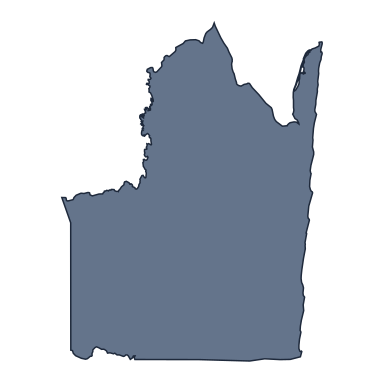 Matutuine, Maputo, Mozambique
{"feature_id": "85939544B97303459234614", "entity_name": "Matutuine", "entity_type": "district", "adm_level": 2, "iso_a3": "MOZ", "parent_name": "Mozambique", "parent_adm1": "Maputo", "projection": "equal_earth", "projection_center": [32.584, -26.451], "detail": "fine", "context": "isolated", "style": "filled", "palette": "slate", "viewbox_px": 384, "rotation_deg": 0, "n_neighbors": 0, "source": "geoboundaries", "source_scale": "gbopen_adm2", "svg_char_len": 5912}
<svg xmlns="http://www.w3.org/2000/svg" viewBox="0 0 384 384"><path d="M141.2,121.6L141.8,122.3L142.6,121.8L142.0,123.3L142.5,123.3L142.4,124.3L141.7,123.5L141.1,123.5L140.8,123.9L141.2,124.1L141.6,125.1L142.8,125.6L142.6,124.6L143.1,124.5L143.4,125.3L143.8,125.6L142.9,127.5L143.4,128.6L142.3,128.6L142.4,129.0L142.9,129.1L142.3,129.8L142.8,130.4L142.0,130.4L141.6,132.0L141.5,134.0L141.9,135.0L142.8,135.7L143.9,135.1L143.9,136.0L144.5,136.2L145.8,134.7L147.4,133.5L147.9,133.7L149.6,135.7L149.2,136.6L149.6,137.7L150.4,137.8L150.9,138.8L150.9,140.7L151.5,144.3L151.0,144.9L148.6,143.6L147.7,144.1L146.9,143.8L147.1,145.8L146.3,147.2L146.8,148.1L146.7,149.2L145.1,149.2L144.5,149.8L144.5,152.0L144.9,152.9L144.3,154.6L144.7,155.7L145.6,156.8L146.3,156.9L147.5,156.4L148.0,157.3L147.2,159.5L146.3,160.2L145.2,160.1L144.2,159.3L143.4,159.5L143.6,161.8L142.9,162.6L143.4,166.6L144.1,167.4L144.8,169.0L146.0,170.1L145.7,171.4L146.3,173.0L145.9,177.3L145.6,177.8L144.5,177.6L143.0,175.3L141.9,175.6L139.9,179.3L140.2,180.7L139.9,182.0L140.1,182.7L139.0,184.5L138.6,186.6L137.3,188.6L136.5,189.1L135.3,188.8L134.8,187.6L132.4,186.6L132.6,186.0L132.4,185.0L131.5,184.0L130.9,183.8L130.6,184.2L129.9,184.2L129.0,182.7L126.3,181.3L124.6,181.9L124.2,182.8L123.9,184.8L121.5,186.8L119.8,189.4L118.8,190.3L118.3,191.6L117.7,191.3L116.3,191.4L114.7,190.7L114.1,189.6L111.7,189.4L111.2,189.5L110.9,190.2L109.3,190.0L108.5,190.9L106.8,190.3L105.7,191.0L104.4,191.1L104.0,192.3L103.4,192.6L102.7,193.9L99.0,194.0L92.3,195.9L90.0,194.8L89.6,192.9L89.0,192.6L87.9,192.5L84.0,193.5L81.0,193.2L76.2,195.2L74.0,197.5L73.4,199.1L72.9,199.7L68.2,200.9L67.3,200.9L66.5,200.5L66.1,198.3L65.7,197.6L61.8,197.5L70.7,222.8L70.8,350.2L72.5,350.6L73.3,353.3L75.6,355.7L81.4,358.3L85.6,359.2L87.4,358.7L90.3,356.3L91.5,356.2L92.1,355.7L92.0,353.5L92.8,351.7L92.9,349.8L95.0,347.6L96.5,346.8L99.1,347.9L101.5,349.3L103.5,349.2L104.5,349.5L106.5,350.9L107.5,353.1L110.0,352.8L113.5,353.8L114.8,353.2L117.0,354.9L119.3,354.9L123.4,356.4L124.5,356.1L125.9,354.9L127.3,355.0L128.3,355.9L130.3,359.4L132.6,357.8L133.2,356.2L133.7,355.9L135.0,355.9L134.2,357.5L134.9,359.5L199.1,359.6L249.7,361.0L264.7,358.8L280.2,359.6L290.3,359.4L300.4,356.8L301.8,351.6L301.4,351.1L300.5,351.6L299.8,351.1L298.9,348.6L298.9,345.3L299.5,339.2L300.9,332.3L300.7,331.4L300.1,330.4L300.4,326.1L301.4,320.1L303.7,310.6L303.2,304.9L304.6,297.1L303.3,295.4L303.0,292.9L303.5,287.9L302.8,285.1L301.6,282.4L301.1,278.6L301.2,275.8L301.8,270.0L303.5,258.3L305.3,248.8L305.1,245.7L305.3,244.2L305.0,242.7L306.6,233.9L306.6,233.4L306.2,233.3L306.1,232.9L309.4,220.2L309.2,219.3L308.2,218.2L307.8,216.2L308.8,206.0L312.6,192.9L312.3,191.9L311.3,191.3L310.4,189.6L309.6,186.6L309.9,180.2L311.1,173.6L310.7,173.0L310.2,170.6L310.9,165.5L313.7,154.5L313.7,151.9L312.4,147.0L313.0,140.0L312.7,137.8L313.5,128.2L314.4,122.7L316.5,114.4L314.9,111.5L314.8,109.7L315.8,104.3L315.9,100.4L317.4,91.7L317.3,89.0L318.1,84.9L317.7,81.4L318.7,73.6L318.5,71.1L318.7,68.1L319.7,62.9L321.0,59.5L321.3,56.6L322.1,53.9L322.1,53.0L321.6,51.9L320.8,52.0L320.7,51.5L320.8,49.3L322.2,43.8L322.1,42.2L321.8,41.9L319.2,42.2L319.0,42.6L319.4,44.1L318.8,46.1L315.1,48.0L312.0,49.0L310.5,50.8L310.2,50.8L310.0,49.9L309.1,50.1L307.7,51.0L305.7,53.3L303.4,58.6L303.4,59.8L301.1,65.7L299.3,72.9L299.6,72.8L300.8,69.9L301.2,67.0L302.1,67.0L301.6,66.7L301.7,65.7L303.3,61.4L304.0,58.2L304.9,56.1L307.0,52.9L308.8,51.1L309.4,50.9L309.7,51.2L309.5,51.8L309.7,52.3L308.4,52.9L308.0,54.6L306.5,55.6L305.0,57.5L304.1,59.5L304.4,62.3L303.2,64.3L303.2,65.1L302.7,65.2L302.3,65.9L302.5,66.5L303.1,66.5L303.7,67.4L304.0,68.2L303.9,70.2L303.2,72.3L304.5,72.1L305.2,73.0L305.1,73.3L304.2,73.2L303.9,73.8L303.3,74.0L302.1,72.9L301.2,73.3L301.0,72.7L300.0,73.4L299.8,74.4L299.6,78.8L299.0,80.7L299.2,82.2L298.9,84.1L297.9,86.4L295.7,90.0L294.0,91.3L294.2,89.3L296.3,84.6L299.1,75.8L299.4,73.8L299.2,73.5L297.7,77.7L295.6,84.9L293.8,89.4L293.3,92.4L293.2,97.4L293.5,100.1L293.5,107.6L293.9,110.1L293.4,112.8L292.7,114.1L295.0,118.6L297.1,119.9L298.7,122.9L298.9,124.0L296.3,122.1L294.0,121.9L290.1,122.7L288.7,123.7L287.4,125.1L287.3,125.7L282.4,126.2L276.3,121.6L274.7,119.4L273.5,116.3L272.1,109.5L271.3,107.7L265.9,103.3L258.9,94.7L252.3,87.7L249.5,83.5L248.0,83.2L246.8,83.9L244.1,84.4L241.1,86.1L238.8,85.6L237.2,84.6L236.6,83.8L236.5,82.5L235.3,78.9L234.1,73.8L233.1,71.9L232.1,68.7L231.6,64.5L231.8,62.7L232.2,61.6L232.2,59.3L231.8,57.7L229.0,52.2L227.4,48.2L223.9,43.2L220.8,37.8L215.2,26.0L214.2,23.0L212.5,27.4L210.5,29.4L207.2,31.8L205.8,33.5L204.1,37.9L203.3,41.9L202.6,43.3L200.7,42.6L199.0,40.8L195.7,39.7L190.0,39.9L185.4,40.9L183.2,43.5L175.8,47.5L175.9,50.0L175.2,51.5L169.6,56.3L169.1,56.6L167.0,55.5L165.9,55.7L164.8,56.6L164.1,57.5L164.1,59.3L163.9,60.0L161.5,62.5L161.9,65.3L161.7,66.6L156.9,71.8L155.5,72.4L153.9,71.8L153.4,71.0L152.9,68.1L152.2,67.5L150.6,67.6L147.3,69.3L146.8,70.9L146.9,71.5L147.9,72.4L149.3,72.7L150.0,73.2L150.1,74.6L149.8,76.8L150.9,78.0L150.9,78.6L150.3,79.3L148.2,79.4L148.1,80.1L149.2,81.4L149.2,83.1L148.6,83.5L146.9,83.3L146.4,84.2L146.8,84.6L148.2,84.5L148.6,85.1L150.0,86.1L149.8,87.4L148.8,88.7L149.1,89.7L149.0,92.0L150.4,92.7L151.7,95.2L153.2,99.9L153.3,101.3L153.1,101.5L152.3,101.2L151.8,100.1L151.8,98.6L151.0,98.4L150.9,100.4L151.9,102.0L152.1,104.5L151.7,105.1L151.0,104.3L150.6,104.4L150.5,106.1L149.7,106.5L149.7,107.4L150.3,107.9L150.5,108.8L150.4,110.1L148.1,110.7L148.0,110.3L148.2,109.8L149.7,109.9L150.0,109.2L149.7,108.8L148.5,108.8L147.0,107.4L145.5,107.6L145.2,108.3L145.4,108.6L146.5,108.0L146.8,108.3L146.0,109.8L144.6,109.6L145.6,112.0L145.6,113.0L144.7,113.2L143.7,114.2L144.2,115.2L144.0,115.8L142.9,115.6L142.6,114.0L142.2,114.0L141.8,114.8L143.5,117.1L143.5,117.9L141.4,116.5L140.9,115.8L140.9,114.8L140.5,114.8L139.8,115.9L139.8,118.0L140.4,118.3L140.7,119.4L142.1,120.9L141.2,121.6Z" fill="#64748b" stroke="#1e293b" stroke-width="1.5"/></svg>